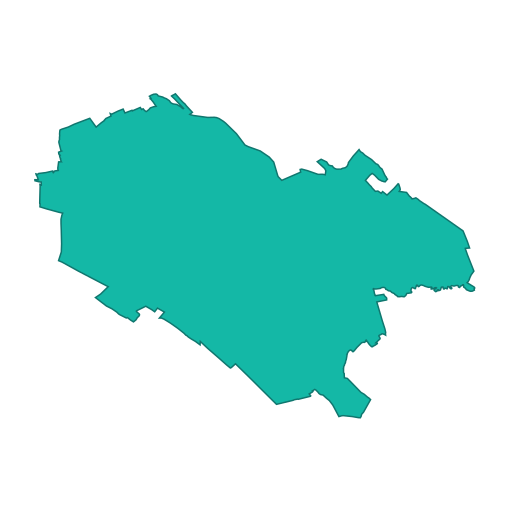 outline of Ungureni, Botosani, Romania, rotated 177°
{"feature_id": "2599482B7783599693239", "entity_name": "Ungureni", "entity_type": "district", "adm_level": 2, "iso_a3": "ROU", "parent_name": "Romania", "parent_adm1": "Botosani", "projection": "equal_earth", "projection_center": [26.747, 47.904], "detail": "fine", "context": "isolated", "style": "filled", "palette": "teal", "viewbox_px": 512, "rotation_deg": 177, "n_neighbors": 0, "source": "geoboundaries", "source_scale": "gbopen_adm2", "svg_char_len": 6061}
<svg xmlns="http://www.w3.org/2000/svg" viewBox="0 0 512 512"><g transform="rotate(177 256 256)"><path d="M332.0,420.2L329.0,417.0L320.6,407.2L321.0,406.9L321.8,407.3L322.7,408.4L327.2,411.5L330.4,412.1L332.2,412.9L333.2,413.7L334.4,415.6L337.3,417.8L339.4,418.7L340.8,419.6L345.3,421.0L345.9,422.1L346.8,422.8L347.6,423.0L349.8,422.9L352.3,422.0L354.1,421.1L352.6,418.9L353.4,418.5L352.8,418.1L350.7,415.3L347.9,410.7L350.5,410.4L353.8,409.4L355.3,407.8L357.9,406.0L358.3,406.0L359.8,407.3L361.0,408.9L362.6,408.3L363.8,410.4L371.9,407.4L372.2,408.0L379.4,405.7L381.0,409.7L386.3,407.9L392.7,405.2L394.1,405.9L393.5,403.3L398.7,401.2L400.4,399.5L400.3,399.3L400.5,399.1L403.5,397.2L408.9,393.1L414.8,402.2L430.7,397.1L436.7,394.6L443.4,392.8L445.1,392.1L445.4,391.1L445.8,388.0L445.7,387.0L446.1,384.2L446.1,382.7L446.8,380.9L446.9,379.6L445.4,372.0L445.2,371.2L444.8,371.0L447.7,370.0L447.6,368.3L447.3,367.8L447.1,367.8L446.4,366.9L446.9,366.7L446.8,365.6L446.4,364.0L446.0,363.3L446.2,362.9L445.7,361.0L445.9,360.5L445.7,360.3L448.2,360.3L449.3,354.3L449.3,353.0L449.0,351.8L452.2,351.5L452.8,351.3L453.8,350.0L454.1,349.8L454.3,350.1L454.6,351.5L461.5,350.3L468.7,349.8L469.4,349.3L470.2,349.1L471.4,349.5L471.2,348.4L470.5,347.3L469.4,343.6L472.8,343.8L472.8,342.7L468.6,341.4L466.6,341.1L466.7,338.1L468.0,338.7L467.9,337.1L469.2,320.5L469.2,319.6L468.9,319.4L469.2,316.4L462.4,313.9L450.9,310.1L446.8,308.9L447.7,306.9L448.8,302.9L449.0,298.9L449.1,292.1L449.5,278.3L450.2,270.2L453.4,261.7L450.1,260.1L434.0,250.1L405.2,233.1L413.2,226.1L418.5,222.9L408.0,213.9L402.6,210.8L397.9,207.2L396.2,205.3L395.1,204.5L388.8,200.9L387.6,201.2L384.5,198.5L381.8,196.6L379.2,198.5L377.7,200.7L376.1,202.0L375.5,203.0L375.4,203.8L375.8,204.4L378.2,206.7L378.4,207.2L378.2,207.5L368.7,211.6L363.0,207.9L360.1,205.6L357.1,209.1L350.4,204.8L355.7,199.1L353.7,199.0L351.1,197.7L345.3,193.7L337.9,187.9L331.9,182.6L330.2,180.6L329.2,180.1L327.9,178.7L325.1,176.6L321.0,173.9L316.5,170.2L316.1,173.6L309.1,166.3L298.4,156.0L290.9,148.6L287.5,145.5L286.8,145.7L285.8,146.4L282.1,149.4L269.3,135.5L243.3,106.8L226.7,109.9L225.1,110.5L221.9,110.9L221.2,110.7L209.3,113.0L208.9,113.1L208.7,113.6L210.1,115.5L207.0,117.1L206.3,117.7L206.8,118.3L204.3,119.7L203.2,119.0L201.3,116.9L200.3,115.4L198.9,114.3L196.3,113.6L192.9,110.1L190.3,107.8L187.1,103.1L181.6,91.3L178.6,92.0L177.0,92.0L168.2,90.6L162.2,89.2L160.3,89.0L159.4,90.4L158.8,92.4L156.8,94.4L149.1,106.6L151.0,108.6L151.8,109.0L155.1,112.2L158.3,114.3L171.1,128.9L171.6,129.1L174.1,129.7L174.1,134.1L174.7,135.0L174.5,138.3L174.7,138.9L174.3,139.5L174.3,140.5L174.2,141.0L173.4,142.3L173.3,143.0L172.3,144.7L171.9,146.6L171.3,147.8L170.4,151.8L170.5,152.5L170.2,152.7L169.9,153.9L168.8,155.7L167.5,156.9L166.4,157.2L165.8,156.9L164.2,155.3L163.9,155.4L162.7,156.4L160.0,159.4L155.0,163.9L152.4,164.3L152.2,164.1L150.3,165.2L150.8,166.0L150.2,166.2L149.3,164.5L148.6,163.8L148.3,162.9L147.2,161.4L145.4,159.4L144.3,159.3L143.8,159.8L141.9,160.6L139.5,162.1L139.4,162.3L139.7,162.9L140.8,163.1L136.6,166.6L136.4,167.1L136.6,168.0L137.4,169.4L137.5,169.9L137.0,170.4L135.4,171.0L134.3,171.7L133.9,171.7L132.1,171.1L130.7,170.2L130.8,171.4L130.5,172.9L131.1,176.5L133.3,184.8L137.8,203.8L127.8,205.3L127.7,207.1L128.5,208.2L129.1,208.7L130.1,210.1L130.4,211.0L138.9,210.1L139.2,210.4L139.1,210.9L139.6,212.0L140.1,215.5L140.7,216.7L140.6,217.1L140.3,217.3L139.1,216.8L137.5,216.8L133.7,217.1L132.1,217.9L130.5,218.0L129.4,217.8L128.3,216.9L128.1,215.9L126.8,215.4L125.7,214.4L123.6,213.9L122.3,212.5L119.8,211.2L119.3,210.3L118.6,210.1L118.1,209.3L116.9,208.6L116.6,208.0L115.0,207.8L112.7,208.0L110.2,207.5L108.5,208.7L107.4,210.7L102.9,211.1L102.3,211.8L102.4,212.1L103.0,212.6L103.0,214.3L102.4,215.6L101.8,216.2L101.1,216.3L99.1,215.1L98.5,215.1L98.3,216.1L97.6,217.2L97.3,218.2L96.9,218.5L96.1,218.2L95.8,217.1L95.5,216.9L94.7,217.1L93.5,218.2L92.3,218.4L90.4,217.8L88.8,216.9L85.4,215.7L82.5,215.8L82.1,215.6L82.0,215.1L82.9,214.2L82.9,213.9L82.7,213.8L80.7,214.0L79.0,215.0L77.8,215.0L77.5,214.7L78.6,213.8L79.8,213.6L79.9,212.3L78.5,211.0L77.2,211.3L76.7,212.5L76.3,212.7L75.7,212.7L75.5,211.9L75.3,211.8L73.6,212.4L72.6,215.0L71.9,215.3L70.8,215.1L70.6,213.5L70.0,213.1L69.0,214.0L67.9,213.7L66.9,213.2L66.6,213.5L66.5,214.3L66.1,214.9L66.1,215.4L65.2,215.4L64.8,215.1L63.9,213.7L63.4,213.2L62.8,213.0L62.2,213.3L62.3,214.1L63.7,215.0L62.2,216.2L59.8,215.6L57.7,216.1L56.0,216.0L55.6,215.7L55.5,214.6L54.9,214.1L54.3,213.9L53.5,215.1L51.7,215.8L51.0,216.5L50.4,216.4L50.2,215.8L50.2,214.1L48.7,212.9L47.6,211.3L44.5,209.8L43.3,209.5L41.7,209.6L39.7,210.5L39.9,211.9L39.2,212.6L39.8,213.6L46.6,218.3L45.4,219.5L44.3,221.2L43.7,222.9L42.1,225.9L39.2,229.5L44.7,245.9L46.6,252.4L46.6,252.7L42.3,252.8L44.3,259.8L47.9,270.2L84.3,298.8L85.4,299.4L89.9,302.8L90.9,303.9L93.3,305.7L95.0,305.2L97.2,304.9L97.5,305.5L99.0,307.2L99.6,307.6L102.3,311.6L109.6,313.0L108.5,314.7L108.6,316.2L109.7,320.3L110.3,320.7L114.8,316.1L122.0,310.0L126.2,313.7L127.7,312.1L130.9,314.5L133.4,314.3L136.5,317.9L137.4,319.4L139.3,321.4L139.9,322.3L142.8,325.8L138.2,330.6L135.7,332.4L133.4,330.6L129.5,326.1L126.3,324.2L125.4,324.0L124.6,323.6L123.1,323.3L120.7,325.9L121.3,326.5L121.8,328.0L122.4,328.7L123.2,330.2L125.6,336.2L127.6,337.9L129.0,340.2L129.8,341.1L131.4,341.8L135.5,346.2L141.9,350.9L144.1,353.3L145.7,354.3L146.7,355.4L147.5,356.9L153.6,350.8L158.8,344.5L159.2,342.9L160.4,340.8L162.2,339.5L165.2,339.0L166.7,338.3L170.9,338.5L173.0,339.4L174.4,340.8L175.0,341.9L177.1,342.4L178.7,343.1L180.5,346.2L185.9,349.2L189.9,347.0L182.8,339.7L181.8,337.4L182.6,333.5L184.9,334.1L189.8,334.3L200.0,338.5L205.8,340.4L207.4,340.1L207.0,337.4L226.3,330.2L229.7,334.0L230.1,335.1L233.4,348.9L237.6,354.1L246.3,360.7L258.0,365.6L261.2,367.4L269.1,379.1L279.3,390.2L281.4,392.1L285.7,395.2L288.2,396.3L290.4,396.7L297.0,396.9L311.2,399.6L313.7,400.4L314.7,400.9L312.0,402.8L317.6,409.5L319.1,411.7L320.6,413.0L323.0,415.8L328.0,422.2L330.3,421.0L331.1,420.8L332.0,420.2Z" fill="#14b8a6" stroke="#0f766e" stroke-width="1.5"/></g></svg>